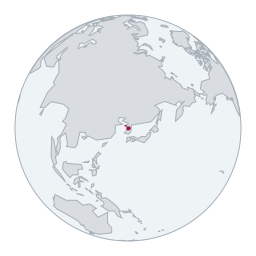 globe centered on Gyeonggi, rotated 34°
{"feature_id": "KOR-2498", "entity_name": "Gyeonggi", "entity_type": "Province", "adm_level": 1, "iso_a3": "KOR", "parent_name": "South Korea", "parent_adm1": "", "projection": "orthographic", "projection_center": [126.66, 37.546], "detail": "fine", "context": "on_globe", "style": "filled", "palette": "rose", "viewbox_px": 256, "rotation_deg": 34, "n_neighbors": 0, "source": "natural_earth", "source_scale": "10m", "svg_char_len": 12233}
<svg xmlns="http://www.w3.org/2000/svg" viewBox="0 0 256 256"><g transform="rotate(34 128 128)"><circle cx="128" cy="128" r="113" fill="#eef3f6" stroke="#a8b0b8"/><path d="M214.8,192.1L214.7,192.6L214.8,192.1ZM213.6,54.8L212.8,54.0L213.5,55.5L209.2,53.2L199.2,46.8L199.7,46.0L197.2,44.8L196.4,45.9L196.4,46.9L186.7,46.3L182.7,52.2L185.1,56.4L181.7,53.9L188.8,64.0L189.0,70.0L186.5,61.8L184.5,59.9L183.5,63.1L181.2,61.9L179.4,62.9L176.8,61.3L175.5,57.0L173.8,56.0L173.2,58.3L170.1,58.5L171.3,55.1L166.1,55.1L163.0,48.4L168.3,41.7L164.3,37.8L163.7,30.6L161.5,30.4L159.9,28.0L156.7,26.9L157.5,26.2L154.3,26.0L154.2,27.0L152.8,27.3L150.9,26.9L151.6,25.7L152.6,25.7L151.9,25.2L153.0,24.9L151.4,24.8L152.4,23.6L148.6,24.2L147.2,22.7L148.6,22.2L152.0,23.0L163.9,24.7L166.4,24.9L166.5,24.0L159.1,20.4L160.4,20.4L159.6,19.9L157.2,19.4L157.1,19.6L152.5,18.7L152.8,19.4L151.0,19.3L149.9,20.0L146.2,19.1L143.3,18.0L144.0,17.4L142.7,17.1L138.9,17.1L137.2,16.0L130.8,15.4L138.7,15.9L146.5,16.9L154.2,18.4L161.8,20.5L169.2,23.2L176.4,26.3L183.4,29.9L190.1,34.0L196.5,38.6L202.6,43.6L208.3,49.0L213.6,54.8ZM232.1,112.9L231.2,111.0L232.1,111.0L232.1,112.9ZM230.3,110.7L230.7,111.2L230.4,110.9L230.3,110.7ZM229.9,111.1L230.2,110.8L230.0,111.3L229.9,111.1ZM229.5,111.9L229.7,111.3L229.7,111.5L229.5,111.9ZM228.4,112.4L228.1,112.5L228.2,111.8L228.4,112.4ZM196.8,47.6L196.6,46.0L198.2,45.7L198.7,47.0L196.8,47.6ZM193.4,48.8L192.7,47.6L195.5,48.6L195.1,49.0L193.4,48.8ZM187.4,60.0L187.7,58.2L188.2,60.4L187.4,60.0ZM179.6,63.4L180.3,64.3L179.1,64.4L179.6,63.4ZM152.0,20.4L151.0,20.2L151.7,20.2L152.0,20.4ZM152.5,21.0L154.1,21.2L154.6,21.5L153.6,21.4L152.5,21.0ZM173.9,62.2L171.8,62.3L173.7,61.4L173.9,62.2ZM150.5,20.8L155.2,22.1L156.0,22.7L152.9,22.8L150.5,20.8ZM170.4,61.9L165.2,62.4L166.2,64.4L160.4,59.4L166.8,60.4L169.0,58.9L168.9,60.7L170.4,61.9ZM155.0,27.5L155.0,26.5L156.7,27.8L155.0,27.5ZM156.4,28.3L163.7,32.3L162.7,33.8L160.5,32.0L160.6,34.5L156.5,33.2L155.5,31.5L157.0,30.8L154.3,30.9L156.4,28.3ZM158.1,56.6L156.6,56.2L157.9,55.8L158.1,56.6ZM152.3,27.5L153.9,28.1L153.1,29.4L149.9,28.5L151.2,28.3L152.3,27.5ZM162.6,35.8L161.4,36.7L157.9,35.9L156.9,36.2L156.3,33.3L162.6,35.8ZM150.4,27.8L148.3,28.0L146.9,27.0L150.8,27.0L150.4,27.8ZM154.3,30.2L153.8,30.8L153.0,30.1L154.3,30.2ZM140.9,24.0L142.8,24.5L142.6,25.2L140.9,24.0ZM147.6,28.1L148.0,28.4L148.2,28.8L146.5,28.7L147.6,28.1ZM153.8,32.9L152.6,32.5L153.9,34.1L151.3,33.6L151.3,31.9L150.2,32.5L149.4,32.3L150.4,31.0L153.8,32.9ZM145.2,29.8L144.4,27.7L141.0,26.5L141.1,25.8L146.6,27.9L145.2,29.8ZM148.1,30.6L146.3,30.0L147.4,29.4L149.3,29.5L148.1,30.6ZM149.4,34.1L153.5,35.2L153.3,35.5L149.4,34.1ZM144.0,29.6L144.2,30.1L143.6,29.6L144.0,29.6ZM147.5,32.8L149.0,33.1L148.8,33.5L147.5,32.8ZM143.5,31.1L143.2,30.3L144.5,30.3L143.5,31.1ZM145.2,31.9L144.5,32.4L145.1,30.7L145.8,32.0L145.2,31.9ZM147.1,33.1L147.4,33.5L146.5,32.9L147.1,33.1ZM138.8,31.6L139.2,29.5L142.0,29.4L141.2,31.5L138.8,31.6ZM52.8,44.1L48.3,48.9L46.7,50.7L44.1,53.0L35.3,65.1L36.6,64.5L32.2,74.2L31.5,79.1L37.6,74.2L38.8,66.0L42.5,61.6L44.4,65.4L44.0,73.2L45.4,71.7L48.7,64.6L51.6,64.4L50.2,62.1L48.5,64.4L47.6,63.2L49.0,61.0L50.0,60.9L51.0,58.3L46.1,59.7L43.9,62.3L44.6,57.6L41.0,61.6L40.1,61.5L45.9,54.8L47.7,53.5L55.9,44.9L54.1,45.8L46.2,54.0L47.3,52.4L44.9,54.0L47.6,51.5L56.8,42.7L59.4,39.3L58.0,39.8L70.7,31.0L64.2,35.5L66.2,34.5L72.1,31.0L69.6,32.9L71.1,32.2L69.1,34.0L70.6,34.8L69.2,36.7L74.1,35.4L74.0,36.4L71.1,36.8L68.4,38.2L65.3,43.7L66.0,44.3L69.4,43.1L68.2,45.0L71.9,43.2L72.2,46.1L74.9,41.2L79.0,40.2L81.5,41.3L83.3,40.2L79.2,38.5L77.1,38.6L74.5,40.1L69.3,40.3L69.4,38.8L76.7,35.6L77.7,33.4L82.9,32.2L90.9,37.1L92.1,40.2L84.9,47.5L82.2,47.3L83.4,44.4L78.4,48.0L80.7,47.2L79.6,48.9L83.2,48.7L82.7,49.9L87.1,47.8L86.8,49.3L84.0,50.6L89.2,52.0L89.7,55.1L91.1,54.9L92.5,53.7L92.3,58.7L93.4,58.3L93.9,56.5L96.3,54.7L100.5,53.6L100.2,55.3L98.7,56.0L94.9,60.2L90.8,61.9L91.1,62.5L94.6,61.5L99.2,56.3L101.8,55.1L100.0,57.6L100.9,56.6L102.1,56.6L103.0,58.3L105.1,55.7L118.9,54.3L122.0,57.8L118.9,59.9L128.2,61.8L131.0,66.2L131.4,64.4L136.2,64.5L135.4,63.1L135.9,62.3L147.7,62.6L150.3,64.3L155.9,63.1L156.1,62.3L154.5,60.9L160.4,59.4L166.2,64.4L165.4,65.9L169.6,68.3L167.1,71.6L167.0,75.7L161.9,78.3L162.3,81.5L163.9,82.1L165.6,87.2L163.6,95.9L158.2,86.1L159.8,73.7L158.5,78.4L156.7,76.6L155.0,78.0L154.2,81.5L155.5,82.3L143.5,85.4L137.6,94.3L143.1,94.7L145.5,98.1L143.6,109.9L129.3,123.6L132.4,129.4L131.9,132.8L127.7,134.2L128.3,129.3L125.0,126.9L126.0,124.0L119.4,125.1L120.6,121.1L114.9,124.1L115.9,127.7L121.3,128.0L115.9,132.7L120.1,139.3L119.4,146.0L108.6,155.6L99.3,156.9L98.5,158.8L95.4,155.6L90.4,158.2L95.4,171.0L94.9,174.1L87.2,177.8L87.2,175.5L79.0,167.0L76.8,173.8L82.9,182.0L85.0,189.4L80.0,185.7L77.9,178.9L75.1,175.8L76.3,169.7L74.9,159.2L69.9,159.0L70.8,155.2L68.1,145.1L61.1,144.4L49.6,149.1L47.2,158.2L43.7,160.1L41.4,143.0L43.1,133.0L40.6,131.9L39.6,120.4L33.1,111.1L33.7,108.0L32.1,107.2L31.8,101.8L33.3,97.0L32.3,95.0L28.7,108.0L29.9,110.2L33.0,109.0L31.6,112.9L32.2,119.1L26.0,122.5L18.9,116.4L20.7,109.1L28.7,83.8L29.9,82.4L30.0,82.2L30.3,81.8L28.3,83.7L30.6,79.1L23.6,94.8L21.3,100.4L18.7,116.6L18.3,116.9L18.3,121.2L21.3,126.1L20.8,128.3L17.8,134.6L15.8,138.1L15.4,130.0L15.5,122.0L16.2,114.0L17.5,106.0L19.4,98.2L21.8,90.5L24.7,83.0L28.2,75.7L32.2,68.7L36.7,62.1L41.6,55.7L47.0,49.7L52.8,44.1ZM40.9,85.3L42.3,90.2L46.2,84.1L47.1,85.6L48.1,83.0L46.5,83.6L49.6,77.3L51.9,78.2L54.1,76.1L53.7,74.4L49.0,73.8L44.5,82.7L42.2,83.3L40.9,85.3ZM81.9,27.4L79.7,28.4L78.4,28.6L80.2,26.9L82.2,26.6L81.9,27.4ZM77.0,30.0L83.7,27.7L82.9,28.9L82.2,28.6L81.0,29.6L79.6,29.4L72.1,33.1L70.4,33.6L74.7,29.8L74.3,30.6L76.4,29.4L77.0,30.0ZM102.5,22.2L105.4,21.9L99.8,24.8L97.7,24.8L99.4,22.9L102.8,21.8L102.5,22.2ZM144.1,21.1L145.6,21.3L145.4,21.5L144.0,21.6L144.1,21.1ZM141.8,24.2L137.4,20.8L138.9,20.8L134.6,19.2L136.7,18.5L139.5,19.5L137.9,18.0L141.3,18.6L139.8,17.7L145.7,20.0L148.6,20.7L144.5,20.1L142.4,20.6L142.4,21.1L144.5,23.0L149.8,25.1L148.6,26.2L146.3,26.4L144.9,26.1L146.1,25.4L143.3,25.5L144.0,24.3L141.8,24.2ZM120.3,32.1L122.4,30.8L116.8,31.9L117.5,30.2L116.8,30.4L115.8,29.3L113.5,28.3L114.3,27.6L113.1,27.6L112.4,26.9L111.0,26.6L111.9,25.3L110.2,25.0L111.7,24.6L108.5,24.4L111.3,24.0L110.7,23.3L108.3,24.0L117.1,19.0L118.6,17.7L118.3,16.9L123.1,16.7L126.5,17.5L128.5,19.1L126.3,20.6L128.9,20.4L128.7,21.1L126.7,21.0L129.5,21.6L128.8,22.2L130.6,24.4L135.1,25.4L135.9,26.3L133.7,26.3L136.0,27.3L132.4,27.9L132.9,28.6L129.9,30.1L125.5,29.8L126.3,30.7L124.1,32.0L120.3,32.1ZM137.8,32.0L132.4,31.7L130.1,30.7L136.3,28.6L136.4,27.8L140.3,26.7L143.5,28.2L142.1,28.4L141.5,28.9L140.7,28.2L140.9,29.1L139.0,29.4L138.6,30.3L136.9,29.9L137.8,32.0ZM47.1,50.8L46.3,51.9L45.5,53.3L43.9,54.5L47.1,50.8ZM53.2,44.7L52.8,45.4L50.2,47.4L51.1,46.4L53.2,44.7ZM54.8,44.1L53.0,45.2L54.5,44.0L54.8,44.1ZM70.9,37.4L70.8,38.1L69.9,38.6L68.9,38.6L70.9,37.4ZM103.8,35.8L105.3,35.0L105.8,35.3L109.8,34.7L109.7,36.0L107.2,36.9L103.8,35.8ZM36.6,73.9L35.4,73.7L36.1,72.3L36.4,72.7L36.6,73.9ZM38.9,63.4L37.3,66.5L38.5,63.7L38.9,63.4ZM104.3,37.2L105.9,36.7L104.8,37.7L104.3,37.2ZM109.8,37.0L108.8,38.1L110.1,36.1L109.8,37.0ZM20.9,163.0L20.5,161.2L22.5,167.3L23.0,168.8L20.9,163.0ZM113.1,209.9L116.6,210.7L116.5,211.1L113.1,209.9ZM109.5,208.1L113.4,208.8L108.8,208.8L109.5,208.1ZM114.9,209.0L119.0,208.8L120.7,208.4L120.4,209.1L114.9,209.0ZM106.8,207.7L92.8,204.6L87.4,202.2L88.6,201.1L97.3,203.7L106.8,207.7ZM88.1,200.9L80.0,194.4L69.6,177.8L73.3,179.5L84.3,191.1L83.6,192.2L88.5,197.0L88.1,200.9ZM108.3,197.9L107.5,201.6L99.7,199.7L96.2,198.3L93.7,192.7L95.1,190.5L97.9,191.2L109.5,184.4L113.4,187.3L109.7,190.6L113.0,194.6L108.3,197.9ZM47.5,159.3L48.8,166.1L47.0,165.9L47.5,159.3ZM114.6,178.6L109.6,182.0L114.3,177.2L114.6,178.6ZM117.5,173.7L117.6,175.9L115.9,173.5L117.5,173.7ZM98.0,161.8L95.0,161.6L95.1,160.0L99.1,159.4L98.0,161.8ZM118.8,151.6L118.1,156.4L117.2,157.9L116.2,154.8L118.8,151.6ZM105.2,49.8L99.7,48.9L95.7,49.6L93.3,51.8L94.4,48.5L100.6,47.4L105.2,49.8ZM117.2,53.4L119.3,51.8L120.0,52.9L119.6,53.5L117.2,53.4ZM117.4,52.1L117.0,49.3L119.2,48.7L119.1,51.0L117.4,52.1ZM110.4,42.7L108.8,42.3L109.8,41.5L110.4,42.7ZM183.3,226.1L188.6,222.9L189.7,222.3L183.3,226.1ZM155.1,236.5L154.5,235.7L159.4,234.7L157.8,235.8L155.1,236.5ZM191.3,221.2L191.7,220.8L194.6,218.7L195.2,217.6L195.4,218.1L198.1,216.2L194.5,218.9L191.3,221.2ZM135.8,233.0L114.2,234.9L109.2,233.8L110.0,232.6L104.7,227.3L106.3,227.7L104.7,224.0L117.3,222.4L126.1,216.5L133.6,217.3L139.0,212.3L146.8,212.5L144.7,216.6L153.1,218.7L158.2,209.4L164.0,218.1L170.5,220.0L173.0,224.1L163.4,232.3L157.4,234.5L156.0,234.3L153.6,235.1L149.4,235.5L146.6,233.9L144.2,234.7L146.3,233.1L143.0,234.6L140.6,233.4L135.8,233.0ZM192.2,209.9L193.5,209.6L195.7,210.1L193.6,210.7L192.2,209.9ZM211.6,195.9L212.2,196.1L210.8,197.1L211.6,195.9ZM214.6,192.7L213.0,194.1L214.8,192.1L214.6,192.7ZM198.4,202.6L199.1,202.9L198.6,203.3L198.4,202.6ZM197.9,202.7L198.6,201.5L198.6,202.4L197.9,202.7ZM191.5,200.0L192.3,199.2L192.6,199.5L191.5,200.0ZM121.8,211.3L126.6,209.0L129.3,208.9L121.8,211.3ZM190.4,199.3L188.4,199.7L188.6,199.1L190.4,199.3ZM190.4,198.0L190.2,197.3L191.5,198.7L190.4,198.0ZM186.7,197.3L189.1,198.0L186.4,197.5L186.7,197.3ZM185.3,197.9L183.6,197.7L183.7,197.4L185.3,197.9ZM166.8,202.4L173.1,206.0L168.2,206.7L162.7,204.5L158.6,207.6L149.2,207.7L151.2,206.0L149.9,203.4L140.4,202.5L138.4,200.7L141.8,199.5L135.6,197.9L142.4,197.3L145.2,201.0L149.1,198.1L155.9,198.5L162.6,199.2L168.1,201.2L166.8,202.4ZM142.5,205.2L143.7,205.2L142.7,206.3L142.5,205.2ZM180.4,196.4L182.9,197.6L182.6,198.1L181.4,198.1L180.4,196.4ZM169.4,200.4L175.3,196.6L176.7,196.4L172.8,200.4L169.4,200.4ZM173.8,194.9L176.6,194.9L178.1,196.3L177.5,196.8L173.8,194.9ZM128.7,201.4L128.4,202.4L126.7,201.5L128.7,201.4ZM130.9,201.0L136.2,202.3L130.4,201.8L130.9,201.0ZM115.3,195.8L116.8,198.5L121.5,197.5L117.9,199.3L121.2,203.6L120.1,204.9L116.8,200.3L115.8,204.5L113.8,204.2L112.6,200.3L114.6,195.9L116.7,194.2L125.2,194.4L115.3,195.8ZM130.8,198.0L129.5,195.0L130.5,193.2L132.0,194.8L130.8,198.0ZM125.5,187.6L122.1,183.7L118.8,184.7L125.6,180.5L127.8,184.9L125.5,187.6ZM122.8,179.5L119.7,180.4L123.0,177.9L122.8,179.5ZM119.0,179.1L118.8,176.5L121.2,177.2L119.0,179.1ZM124.4,179.8L125.3,175.6L126.3,178.3L124.4,179.8ZM118.2,170.7L123.0,175.6L116.5,172.9L116.9,164.4L119.8,164.6L118.2,170.7ZM138.5,137.2L138.2,134.5L140.9,134.1L140.4,136.0L138.5,137.2ZM149.6,131.2L141.6,133.2L135.1,135.0L136.8,136.4L134.8,140.6L132.5,136.3L137.5,131.9L142.4,131.3L143.7,127.6L147.6,125.3L147.6,120.7L149.5,118.8L150.9,122.9L149.6,131.2ZM147.4,118.7L148.8,110.6L153.8,112.0L154.5,114.1L151.8,117.2L149.4,116.2L147.4,118.7ZM150.6,109.1L148.3,108.2L145.4,96.0L146.1,93.9L150.8,103.5L148.9,103.2L148.7,106.1L150.6,109.1ZM156.8,57.2L156.6,56.3L157.7,57.1L156.8,57.2ZM135.4,61.6L136.3,60.6L137.5,61.5L135.4,61.6ZM139.6,58.6L137.6,58.2L139.8,57.8L139.6,58.6ZM133.1,57.7L136.9,57.7L133.1,58.8L133.1,57.7Z" fill="#d9dde1" stroke="#a8b0b8" stroke-width="1"/><path d="M128.0,127.4L128.0,127.2L128.3,126.9L128.5,126.7L128.6,126.8L128.8,127.0L128.8,126.9L129.0,126.8L129.0,127.0L129.3,127.2L129.4,127.3L129.5,127.3L129.4,127.5L129.4,127.8L129.5,127.9L129.7,128.0L129.8,128.0L129.7,128.2L129.7,128.3L129.6,128.5L129.5,128.8L129.4,128.9L129.3,129.0L129.2,129.1L129.1,129.3L128.9,129.3L128.8,129.2L128.7,129.2L128.6,129.3L128.5,129.2L128.4,129.2L128.3,128.9L128.3,129.0L128.2,129.0L128.1,128.9L128.3,128.8L128.3,128.7L128.3,128.8L128.2,128.8L128.2,128.7L128.1,128.8L128.1,128.7L128.0,128.8L128.0,128.7L128.3,128.5L128.2,128.5L128.0,128.4L128.2,128.2L127.9,128.0L127.9,127.9L127.8,127.6L128.0,127.6L128.0,127.8L128.0,127.7L128.1,127.4L128.0,127.4ZM128.7,128.0L128.7,127.9L128.7,127.7L128.5,127.8L128.4,127.9L128.4,128.0L128.3,127.9L128.2,127.9L128.2,128.0L128.3,128.1L128.5,128.2L128.8,128.2L128.7,128.0ZM127.8,127.9L127.7,127.9L127.5,127.7L127.8,127.5L127.8,127.8L127.8,127.9ZM125.0,127.1L124.9,127.2L125.0,127.2L124.9,127.2L125.0,127.1L125.0,127.1ZM127.4,127.5L127.5,127.5L127.4,127.6L127.4,127.5ZM127.5,127.7L127.6,127.8L127.4,127.7L127.5,127.6L127.5,127.7ZM125.0,127.4L125.0,127.5L124.9,127.5L124.9,127.4L125.0,127.4L125.0,127.4ZM126.5,127.7L126.5,127.8L126.5,127.7L126.5,127.7Z" fill="#f43f5e" stroke="#9f1239" stroke-width="1.5"/></g></svg>